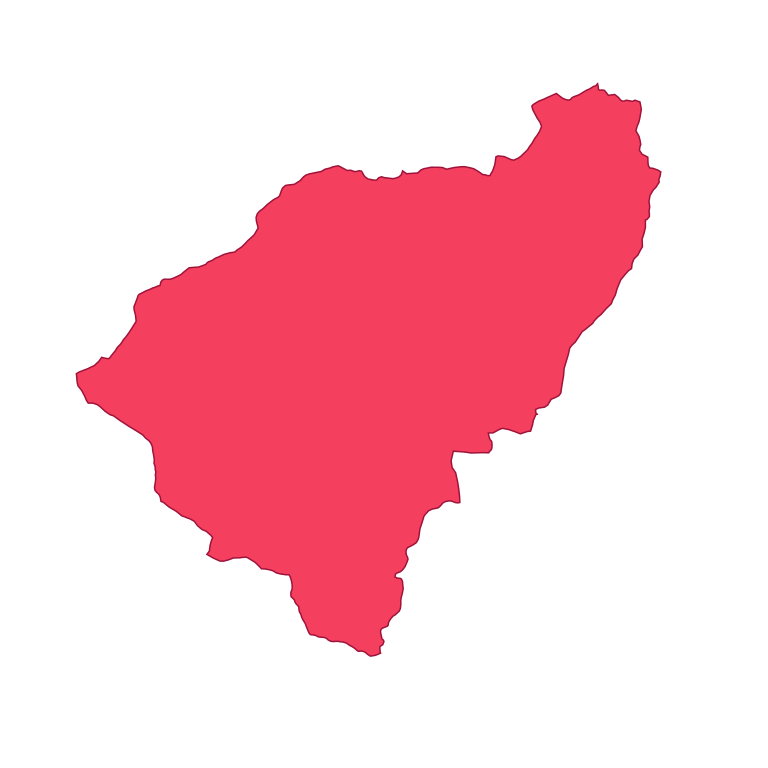 outline of Kabjisa, Punakha, Bhutan, rotated 82°
{"feature_id": "84629894B81369433275324", "entity_name": "Kabjisa", "entity_type": "district", "adm_level": 2, "iso_a3": "BTN", "parent_name": "Bhutan", "parent_adm1": "Punakha", "projection": "albers", "projection_center": [89.724, 27.643], "detail": "fine", "context": "isolated", "style": "filled", "palette": "rose", "viewbox_px": 768, "rotation_deg": 82, "n_neighbors": 0, "source": "geoboundaries", "source_scale": "gbopen_adm2", "svg_char_len": 6134}
<svg xmlns="http://www.w3.org/2000/svg" viewBox="0 0 768 768"><g transform="rotate(82 384 384)"><path d="M511.9,325.4L505.9,324.8L498.3,324.6L491.5,324.7L481.9,325.4L476.1,328.2L469.2,328.2L460.2,324.7L462.5,313.9L464.4,307.5L465.7,295.9L466.7,290.0L465.1,288.3L463.9,286.8L462.1,286.0L459.4,285.5L456.8,285.3L455.6,285.5L453.9,286.7L450.8,287.3L447.0,287.5L447.6,282.9L445.1,276.2L444.4,272.8L446.4,267.0L449.7,260.5L452.3,255.9L451.0,248.6L451.1,245.4L444.9,242.5L440.9,241.2L435.3,237.8L435.3,236.6L433.4,237.7L430.3,237.4L429.3,234.0L429.3,228.3L427.7,224.9L422.3,220.5L421.5,217.1L419.9,212.5L417.6,210.2L409.8,207.9L400.7,205.0L393.7,203.5L380.5,197.4L374.3,195.1L371.9,192.7L369.1,188.8L365.7,185.7L359.7,180.5L358.4,177.9L352.9,168.8L350.9,167.2L347.7,163.3L345.2,159.2L340.7,154.0L336.1,147.7L332.7,145.9L328.0,142.5L322.0,139.9L313.7,135.0L308.5,129.3L305.9,126.2L304.1,122.8L299.2,121.5L295.0,119.1L291.7,114.7L287.3,111.6L284.1,109.0L276.4,108.2L270.7,105.4L265.2,103.3L257.9,102.3L257.7,100.7L255.1,97.9L252.2,97.5L249.9,97.5L245.5,96.2L240.1,96.2L234.2,94.3L229.2,90.2L227.1,87.4L223.7,84.5L222.7,83.5L219.3,83.2L216.7,81.7L212.5,80.4L210.5,82.7L208.2,86.9L207.6,88.4L207.1,90.8L204.3,91.8L201.9,91.8L196.0,91.2L193.9,94.3L192.4,96.4L188.2,98.5L185.1,97.7L182.5,96.4L178.9,96.5L174.2,97.0L168.3,99.3L164.1,97.5L160.2,95.2L156.1,93.6L148.0,91.0L143.4,91.1L140.3,91.3L137.9,96.0L138.7,98.6L137.4,102.3L136.7,104.9L137.2,106.4L137.2,108.0L136.2,109.8L132.3,112.4L129.4,115.3L129.4,121.6L124.9,124.2L123.8,125.0L123.2,127.1L123.1,129.5L122.2,130.6L119.6,130.5L116.4,130.7L118.3,133.1L118.5,135.1L120.4,139.2L121.2,142.3L122.9,146.4L124.7,150.5L125.5,153.9L125.9,156.0L126.7,158.1L128.4,160.0L128.5,161.7L127.9,163.9L126.1,167.1L124.2,169.1L120.3,172.9L122.9,182.0L124.1,185.8L125.5,191.6L128.0,197.3L129.4,198.9L133.1,198.5L141.8,195.4L146.5,193.1L150.8,192.1L155.2,194.6L158.9,197.6L161.8,200.5L166.2,203.9L169.2,206.9L172.1,209.3L177.7,217.0L179.1,219.8L180.4,224.3L179.5,226.9L175.5,233.3L174.0,239.4L174.6,241.5L182.1,243.7L188.0,246.7L190.8,249.0L192.2,249.8L192.2,252.0L190.8,255.0L190.4,257.0L187.0,260.6L183.3,265.2L181.7,269.1L180.0,273.9L179.6,277.1L179.4,284.2L180.0,292.2L177.8,295.9L176.9,300.4L175.9,307.2L176.3,312.9L176.3,314.3L177.1,317.5L179.7,321.3L178.9,332.4L175.5,335.9L179.1,337.7L180.9,340.2L181.7,343.4L181.9,346.6L179.7,354.9L178.4,357.7L179.1,360.7L180.9,362.7L180.9,364.9L178.8,371.2L176.4,373.8L174.8,374.8L170.1,376.6L169.3,379.0L169.7,381.2L169.5,383.8L167.7,387.1L167.4,390.8L165.6,393.2L161.6,398.8L161.6,400.8L161.9,404.7L162.6,407.3L163.1,412.5L164.8,416.5L165.0,419.8L165.5,428.5L166.3,432.4L167.8,435.0L171.0,438.8L173.8,445.1L173.6,450.3L173.6,453.5L174.4,455.1L176.0,457.3L178.8,459.0L183.1,461.2L184.3,462.8L186.1,467.7L188.3,471.6L189.9,474.4L193.4,479.2L195.6,483.3L197.0,484.9L198.0,485.9L201.3,487.5L204.9,487.7L212.0,486.9L218.2,491.8L221.3,496.2L222.7,498.4L225.7,502.1L228.5,505.9L230.6,510.3L232.6,513.6L232.6,518.3L233.4,524.5L235.2,530.2L235.8,533.0L237.8,537.4L238.6,540.8L239.2,542.1L240.8,543.9L242.4,551.3L242.0,556.2L241.8,560.8L245.4,566.9L247.2,569.6L248.4,572.8L249.9,578.0L250.5,581.2L249.6,587.1L250.2,588.9L251.8,590.7L255.3,592.1L255.5,594.3L256.5,598.0L256.7,599.8L257.7,602.6L258.7,607.0L259.9,610.3L261.1,613.9L262.1,615.1L265.2,616.7L268.4,618.4L272.8,620.9L275.9,621.1L281.1,620.5L287.4,620.7L292.7,625.1L297.9,629.6L301.6,633.2L303.8,635.8L305.8,637.4L308.0,639.5L310.6,642.9L313.7,645.5L317.7,649.8L320.3,652.3L320.5,653.9L319.1,658.1L318.3,659.9L320.1,661.5L322.2,663.6L323.2,665.2L325.4,668.2L326.8,672.8L327.6,675.1L329.6,683.9L331.0,687.2L339.9,687.6L343.4,687.2L348.5,684.2L354.4,682.1L358.6,681.0L361.8,679.5L362.4,675.0L364.5,670.8L366.8,668.4L372.3,663.9L376.3,659.5L377.8,656.4L383.5,650.4L387.4,645.9L390.0,643.0L393.3,638.9L397.2,634.2L400.8,630.0L404.4,627.6L407.3,624.8L409.9,623.2L413.8,622.1L417.9,622.3L423.1,622.0L427.0,622.0L430.4,622.8L434.4,622.1L435.8,622.4L437.6,622.4L438.9,622.2L440.5,622.4L442.0,623.1L445.3,623.1L449.1,624.0L454.6,625.7L457.6,625.5L459.8,624.1L461.7,622.4L464.8,621.3L469.2,621.2L470.5,618.9L476.0,613.9L481.1,607.5L486.4,602.6L490.7,594.7L493.6,590.9L498.2,588.5L502.6,584.7L505.0,580.7L509.4,576.8L512.1,575.1L514.9,576.6L519.3,578.6L525.1,580.2L528.1,583.1L532.6,577.3L536.5,571.1L537.1,567.4L536.5,562.5L535.3,557.2L536.0,551.6L536.1,545.8L536.7,543.7L542.5,536.6L547.1,533.0L550.0,531.0L550.5,527.9L551.9,523.6L553.5,520.0L556.0,517.0L557.8,512.8L559.3,507.4L559.6,504.8L561.5,503.8L565.4,503.1L570.2,502.9L574.1,503.5L577.4,505.2L580.0,505.6L581.9,505.5L582.7,504.7L585.3,502.9L586.6,502.6L587.7,502.4L589.2,501.8L592.5,499.5L594.9,499.5L596.2,499.6L598.5,499.3L600.2,498.4L602.9,498.1L604.7,497.6L606.5,497.0L609.3,495.7L611.3,495.1L612.8,494.8L617.3,493.7L620.9,492.6L622.1,491.4L622.5,489.6L623.0,487.9L623.5,486.6L624.1,485.7L625.0,484.7L625.6,483.1L626.6,478.8L627.3,477.2L628.2,476.1L629.7,474.9L631.2,472.8L631.6,471.7L632.1,469.4L632.1,467.9L632.4,465.4L633.2,463.2L633.6,461.2L634.0,460.1L635.3,457.3L637.2,455.3L638.3,454.1L639.5,452.3L641.0,450.5L644.5,447.4L645.1,446.5L645.2,445.4L645.3,443.5L646.2,441.2L647.0,440.1L648.3,438.8L649.5,437.8L651.6,435.3L651.5,430.6L651.0,428.1L650.0,424.8L648.3,425.1L644.2,424.8L643.0,424.0L642.7,422.9L641.9,421.4L640.3,420.6L639.1,419.9L637.6,420.2L636.1,421.5L632.9,421.7L628.9,422.0L626.4,421.0L625.7,419.9L624.3,414.4L623.3,413.4L621.0,412.8L619.7,412.0L617.3,409.9L615.1,407.4L614.0,404.7L613.2,403.7L611.1,400.6L608.9,399.2L606.7,398.5L603.9,397.9L600.7,397.5L597.9,396.7L593.0,394.7L589.4,393.5L586.0,393.4L582.0,393.2L579.6,393.9L578.7,395.0L578.1,397.8L576.6,400.0L574.1,399.2L573.1,397.9L572.8,396.4L572.4,394.9L572.1,393.7L570.6,391.4L567.8,388.6L563.7,386.1L561.1,384.7L559.4,384.7L556.1,385.7L553.2,385.6L551.1,384.9L549.4,383.6L548.3,380.3L547.2,377.3L545.6,374.1L543.0,372.1L541.0,371.0L532.3,368.5L526.3,365.5L520.6,362.9L519.0,361.4L515.7,357.4L514.5,353.4L514.4,350.4L514.1,347.4L512.5,345.1L509.9,342.1L509.0,339.8L508.8,335.7L509.3,333.5L511.4,329.7L512.0,327.4L511.9,325.4Z" fill="#f43f5e" stroke="#9f1239" stroke-width="1.5"/></g></svg>